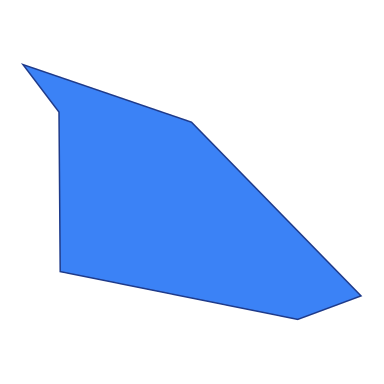 Falls Church, Virginia, United States of America
{"feature_id": "52423323B27859603435380", "entity_name": "Falls Church", "entity_type": "district", "adm_level": 2, "iso_a3": "USA", "parent_name": "United States of America", "parent_adm1": "Virginia", "projection": "equal_earth", "projection_center": [-77.175, 38.886], "detail": "fine", "context": "isolated", "style": "filled", "palette": "blue", "viewbox_px": 384, "rotation_deg": 0, "n_neighbors": 0, "source": "geoboundaries", "source_scale": "gbopen_adm2", "svg_char_len": 212}
<svg xmlns="http://www.w3.org/2000/svg" viewBox="0 0 384 384"><path d="M191.5,122.2L23.0,64.6L59.0,112.1L60.2,271.6L297.7,319.4L361.0,295.9L191.5,122.2Z" fill="#3b82f6" stroke="#1e3a8a" stroke-width="1.5"/></svg>